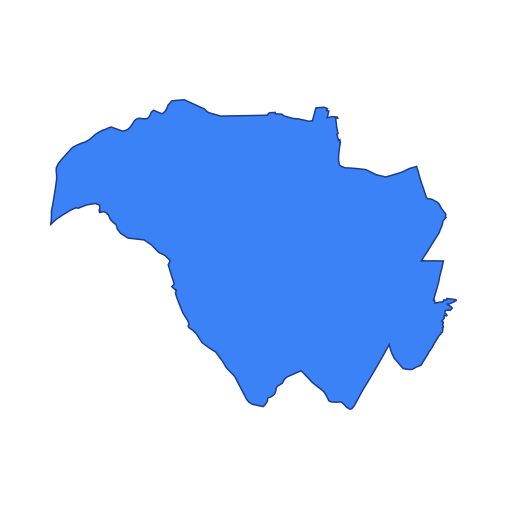 outline of Zorlentu Mare, Caras-Severin, Romania, rotated 78°
{"feature_id": "2599482B11018048570777", "entity_name": "Zorlentu Mare", "entity_type": "district", "adm_level": 2, "iso_a3": "ROU", "parent_name": "Romania", "parent_adm1": "Caras-Severin", "projection": "orthographic", "projection_center": [21.979, 45.459], "detail": "fine", "context": "isolated", "style": "filled", "palette": "blue", "viewbox_px": 512, "rotation_deg": 78, "n_neighbors": 0, "source": "geoboundaries", "source_scale": "gbopen_adm2", "svg_char_len": 5367}
<svg xmlns="http://www.w3.org/2000/svg" viewBox="0 0 512 512"><g transform="rotate(78 256 256)"><path d="M404.8,280.4L404.1,279.1L403.2,277.9L402.3,276.8L401.2,275.8L400.0,274.8L399.2,274.7L398.5,274.5L397.9,274.2L397.3,273.7L397.1,271.7L396.9,270.8L396.6,269.9L396.3,269.1L395.9,268.2L395.4,267.4L394.9,266.6L393.8,265.7L392.5,264.9L391.2,264.3L389.7,263.9L388.0,262.4L385.8,256.6L382.6,253.9L380.8,251.0L377.6,235.9L379.8,234.3L392.0,226.8L402.5,218.0L405.1,216.9L407.6,216.1L410.3,215.4L412.9,214.8L414.2,213.0L415.5,208.9L416.5,203.0L417.9,201.9L419.4,200.8L421.0,199.9L422.6,199.0L425.3,196.1L425.3,193.9L423.0,191.1L409.4,179.5L399.8,170.4L390.1,161.5L380.3,152.8L370.3,144.1L373.9,144.0L377.5,143.6L381.0,143.0L384.5,142.1L396.5,135.6L397.6,133.4L398.4,131.2L399.1,128.8L399.4,126.5L398.6,124.3L397.9,122.0L397.5,119.7L397.3,117.4L395.5,115.8L391.9,112.3L387.3,107.9L386.6,107.6L385.1,106.0L382.3,102.9L380.0,101.1L374.7,96.1L371.5,93.1L371.5,92.9L371.2,92.5L371.1,92.0L371.0,91.8L370.8,91.6L370.5,91.5L370.3,91.5L370.1,91.3L369.8,90.9L369.7,90.6L369.5,89.9L368.9,89.3L367.5,88.9L367.1,88.7L366.0,88.4L365.5,88.4L365.2,88.6L365.0,88.2L364.9,87.9L364.7,87.6L364.1,87.6L363.6,87.5L363.3,87.4L363.0,87.5L362.7,87.8L361.5,87.6L361.2,87.5L360.9,87.4L360.9,87.1L360.8,86.8L360.6,86.8L360.1,86.9L359.6,86.7L359.2,86.9L358.9,87.3L358.3,87.8L355.8,84.7L355.4,84.7L355.1,84.6L354.6,84.7L354.0,84.7L353.5,84.6L353.3,84.4L353.4,83.7L353.9,82.9L354.3,82.1L354.2,81.9L353.7,81.5L352.9,81.8L352.4,82.0L352.1,82.1L351.7,82.4L351.4,82.7L351.1,83.0L350.8,83.0L350.2,83.0L349.8,82.9L349.3,82.5L348.7,82.1L348.8,80.8L348.7,79.8L349.1,79.1L348.9,78.7L348.7,78.4L349.2,77.9L349.6,77.4L349.3,76.9L348.0,75.3L347.8,74.9L347.5,74.9L346.6,75.5L343.1,78.8L342.7,78.9L342.7,78.5L343.1,77.5L343.1,76.8L342.8,75.5L342.4,74.0L342.1,72.4L341.9,71.5L341.6,71.4L341.4,70.8L341.4,70.3L341.4,69.8L341.3,69.5L340.3,69.4L337.2,78.1L338.5,78.4L338.0,81.7L339.7,82.1L339.3,86.2L339.3,90.8L336.4,90.6L336.3,91.6L333.0,89.9L326.3,86.3L319.0,82.5L314.3,80.6L307.3,77.1L299.8,73.7L299.3,76.2L299.0,77.5L298.8,78.3L298.2,80.8L297.7,83.0L297.3,85.6L296.8,87.2L296.6,88.4L296.6,89.1L296.3,90.1L296.1,90.7L295.8,91.7L295.4,92.6L295.4,95.2L295.3,95.4L293.0,93.3L288.4,88.5L282.0,82.4L276.3,76.9L272.8,73.4L271.0,71.8L270.3,71.3L270.0,71.2L269.5,71.1L268.6,70.4L266.9,69.1L264.5,67.5L263.8,67.1L261.8,66.4L261.1,66.1L260.6,65.7L257.8,62.2L257.7,62.3L257.5,62.7L257.3,62.7L256.7,62.4L256.4,62.1L256.1,62.0L255.8,62.0L255.4,62.0L255.0,61.8L254.9,61.7L254.4,61.8L253.7,62.0L253.1,62.3L252.8,62.5L252.1,62.9L251.0,63.3L249.3,64.1L247.7,64.8L247.3,64.9L246.3,65.2L245.9,65.4L245.0,65.6L243.9,65.9L243.1,66.1L241.1,67.5L240.3,68.3L239.6,69.2L239.0,70.0L238.4,70.7L237.5,71.5L237.0,72.5L236.5,73.3L236.2,74.6L236.0,75.5L235.7,76.2L235.4,76.4L234.0,77.2L232.2,77.4L225.3,78.1L219.6,78.9L215.6,79.3L213.9,79.5L212.3,79.5L210.5,79.6L208.1,79.7L204.9,80.0L201.8,80.3L202.3,87.8L204.3,95.6L205.5,109.3L205.6,112.8L201.5,121.5L194.4,130.5L192.4,136.3L190.9,141.0L189.5,145.7L188.3,150.5L185.0,155.2L183.9,155.3L182.4,155.4L180.9,155.4L179.4,155.3L178.3,155.1L175.1,154.3L172.0,153.4L168.9,152.3L165.8,151.2L162.8,149.9L159.6,149.8L160.2,151.3L153.7,151.5L153.3,150.3L149.2,150.3L146.3,150.3L144.0,149.9L139.9,149.7L137.5,149.2L138.1,147.4L137.0,147.6L135.5,152.6L135.5,157.6L129.4,154.6L128.5,156.8L126.6,155.5L124.7,158.5L124.0,162.8L123.9,163.6L123.6,166.6L135.5,172.7L135.3,174.6L135.1,176.6L133.5,179.7L133.1,180.6L131.6,184.2L130.9,185.3L129.3,190.8L124.8,199.5L122.5,201.4L122.0,203.4L121.0,207.6L119.5,207.4L119.2,209.7L118.8,211.9L118.8,213.2L119.4,214.4L120.7,215.5L111.8,261.4L106.2,272.0L104.8,273.7L101.5,275.9L88.2,293.8L86.7,306.0L90.2,310.7L91.7,311.6L93.1,312.6L94.4,313.7L95.7,315.0L95.9,315.2L97.0,317.3L97.0,319.0L92.1,326.0L93.5,328.5L97.2,331.1L98.9,333.4L98.8,335.9L97.0,341.6L97.2,344.3L98.3,346.7L100.2,348.5L102.1,350.4L103.8,352.4L105.3,354.5L106.0,357.1L106.1,360.6L99.8,370.7L99.8,372.9L100.3,374.7L100.7,376.6L101.0,378.6L101.1,380.5L103.5,387.6L107.5,394.7L109.0,399.3L109.3,402.8L109.9,406.2L110.7,409.6L111.7,413.0L121.5,426.6L125.0,430.6L128.3,433.0L131.4,433.8L133.6,434.0L135.8,434.3L138.0,434.7L140.1,435.3L147.7,438.0L155.2,440.9L162.6,443.8L170.0,446.9L173.2,447.5L176.3,448.3L179.5,449.2L182.4,450.3L182.5,450.3L180.7,447.5L179.0,444.5L177.6,441.5L176.3,438.3L172.6,428.0L171.4,422.0L172.3,420.0L172.0,418.3L170.8,410.8L171.1,404.2L171.4,401.7L172.3,400.6L173.4,398.7L174.7,398.6L176.0,398.6L176.7,398.6L177.8,399.6L179.0,399.9L179.3,399.3L179.3,399.1L179.6,399.1L179.6,399.4L179.9,399.6L180.2,399.9L180.3,400.1L180.6,400.0L181.0,399.8L180.9,396.6L181.1,395.4L182.8,393.3L183.0,393.0L184.4,392.7L184.4,392.3L184.6,391.9L189.3,391.0L191.0,390.3L192.6,389.3L194.0,388.3L194.8,387.6L195.5,386.8L196.9,386.3L198.2,386.1L199.5,386.0L200.7,386.1L205.8,383.7L211.9,377.4L217.0,362.2L223.3,356.0L232.2,350.5L236.4,345.1L238.9,343.4L240.1,342.6L242.8,340.9L246.4,343.7L255.6,342.9L266.5,341.8L268.4,344.8L272.4,342.0L272.0,341.4L273.4,341.0L273.8,341.4L275.2,342.5L280.6,342.1L296.4,339.4L304.6,336.4L308.5,335.5L310.3,336.9L312.1,336.6L313.8,334.9L315.5,333.3L317.4,331.9L319.4,330.6L329.5,326.8L332.6,324.1L335.7,321.3L338.7,318.4L341.6,315.4L352.3,310.5L359.2,308.2L369.3,301.9L394.5,294.9L397.6,293.2L400.3,290.4L404.8,280.4Z" fill="#3b82f6" stroke="#1e3a8a" stroke-width="1.5"/></g></svg>